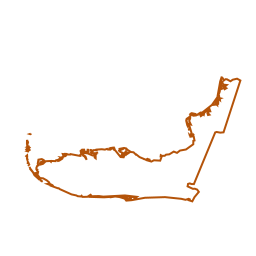 Florida, Equal Earth projection, rotated 108°
{"feature_id": "USA-3542", "entity_name": "Florida", "entity_type": "State", "adm_level": 1, "iso_a3": "USA", "parent_name": "United States of America", "parent_adm1": "", "projection": "equal_earth", "projection_center": [-82.742, 27.771], "detail": "fine", "context": "isolated", "style": "outline", "palette": "amber", "viewbox_px": 256, "rotation_deg": 108, "n_neighbors": 0, "source": "natural_earth", "source_scale": "10m", "svg_char_len": 5932}
<svg xmlns="http://www.w3.org/2000/svg" viewBox="0 0 256 256"><g transform="rotate(108 128 128)"><path d="M53.9,54.7L50.1,54.7L51.4,54.3L51.3,53.4L53.1,51.5L51.5,50.4L51.1,49.0L51.9,45.0L49.7,43.3L47.4,39.5L48.1,35.8L102.6,35.8L103.9,38.8L104.4,42.5L105.3,43.7L161.0,48.0L161.7,50.4L161.6,52.1L162.6,53.6L165.1,53.3L165.8,47.6L165.1,45.6L165.2,43.2L166.9,40.9L173.2,43.4L177.9,44.2L177.9,49.1L176.9,46.4L176.6,48.4L178.5,51.1L178.9,55.5L182.3,71.4L189.1,90.3L195.5,102.2L197.6,107.2L196.2,109.3L196.3,114.8L197.1,119.0L199.3,123.3L199.4,124.5L196.6,118.3L195.7,114.8L195.7,109.9L196.3,106.3L196.0,103.6L194.8,103.0L194.4,103.7L192.5,103.3L192.1,101.9L192.8,99.6L190.7,98.2L193.1,110.1L200.9,130.3L201.7,134.6L204.9,143.7L205.0,144.2L204.5,143.3L202.4,142.4L206.0,145.4L207.6,150.1L206.8,151.2L207.7,151.7L208.4,154.8L208.1,156.2L208.6,161.2L207.2,174.1L206.7,175.3L207.0,176.1L206.7,184.6L206.5,181.0L205.7,182.2L205.3,185.2L204.1,186.2L202.9,189.1L202.1,193.2L202.8,196.2L200.5,199.7L200.9,201.6L199.9,200.0L198.9,200.6L199.7,200.9L200.1,202.0L199.5,201.0L198.3,200.6L198.6,199.8L197.4,199.9L196.5,201.5L195.6,201.4L195.5,202.4L194.3,202.8L192.2,202.7L191.2,201.6L190.0,202.8L185.8,203.4L184.2,200.4L184.5,198.4L185.2,197.0L186.3,199.1L188.3,200.2L187.9,200.8L189.2,200.8L189.8,199.9L188.4,197.8L185.0,195.9L183.4,191.7L183.9,190.8L183.0,190.7L181.9,186.6L181.0,186.5L180.2,185.2L181.0,184.4L180.4,183.4L177.5,181.0L175.3,180.8L174.5,179.6L173.9,180.4L173.0,180.0L172.7,180.8L172.2,180.4L171.9,179.3L173.0,179.8L173.6,178.6L172.2,178.1L170.9,174.1L170.7,175.3L169.4,165.2L168.9,163.8L168.8,165.3L166.2,164.1L166.3,163.0L166.9,163.4L168.2,162.0L168.5,160.5L171.0,157.5L168.3,159.6L167.4,162.4L165.5,162.9L164.6,158.5L165.1,153.2L164.2,151.9L166.4,150.5L166.8,149.4L163.8,150.4L163.0,151.4L162.4,150.1L161.5,150.3L160.4,148.9L162.0,150.9L163.1,155.0L162.8,155.5L162.5,154.4L162.1,155.0L159.6,153.7L159.0,151.2L158.4,150.4L158.8,152.0L158.4,151.6L156.3,146.4L155.7,143.3L154.3,141.4L154.7,140.5L154.0,138.0L151.3,136.3L150.7,134.6L152.2,136.1L152.5,135.1L151.8,134.9L152.1,134.4L153.7,134.9L152.6,134.3L153.9,133.7L152.9,133.7L157.9,126.1L157.2,123.1L156.2,123.0L155.9,125.8L155.0,125.7L154.7,122.4L153.1,121.8L153.5,121.2L151.5,119.6L151.5,121.6L152.5,121.6L150.9,122.8L154.2,124.0L153.4,124.6L152.9,128.8L152.3,129.4L148.8,125.5L150.4,128.5L150.9,130.4L148.2,125.6L148.0,123.3L148.7,122.2L148.4,124.0L149.9,117.7L149.4,115.2L150.9,112.2L150.6,112.0L152.1,108.0L152.7,100.9L152.6,99.2L151.6,97.8L151.9,97.4L152.8,98.4L152.7,95.4L150.7,93.4L149.1,87.3L144.0,87.1L143.1,84.5L141.6,83.6L140.3,80.6L136.3,77.2L136.5,73.7L133.4,71.6L130.5,66.2L123.3,60.9L120.0,61.9L119.3,60.9L115.6,63.0L115.6,64.2L115.9,63.8L116.4,64.8L114.1,63.8L113.9,64.2L116.5,65.4L116.3,66.7L115.7,67.1L116.0,66.5L113.0,66.1L105.2,71.5L105.2,69.4L102.4,72.0L99.9,71.8L95.2,73.0L94.2,72.0L93.8,68.1L94.1,67.5L94.5,71.6L95.7,72.6L96.1,69.6L95.0,67.1L90.9,63.8L90.7,63.0L92.4,64.4L88.2,60.1L89.7,60.3L89.6,60.9L93.2,63.4L94.2,62.4L93.5,61.9L92.8,62.9L92.3,60.9L91.7,60.9L92.1,60.0L90.7,60.1L90.5,60.7L87.4,58.4L88.7,56.8L89.5,57.0L90.9,55.9L90.2,54.7L89.5,56.0L87.6,57.0L86.7,54.9L84.6,56.5L85.0,57.3L86.6,57.4L86.9,58.9L87.7,59.6L87.1,59.7L87.3,60.1L80.1,55.3L70.7,52.4L74.2,52.8L74.9,51.6L76.4,52.8L76.7,52.3L76.3,51.6L79.2,53.0L78.3,51.0L78.6,50.3L77.7,50.7L77.2,49.7L72.9,50.9L72.2,50.5L72.8,49.3L71.8,49.8L71.2,49.1L71.3,50.4L69.1,51.4L68.8,52.1L65.0,52.0L56.3,53.8L57.4,52.9L60.3,52.4L61.7,51.1L62.6,51.5L60.1,49.5L61.3,48.1L59.8,46.8L58.8,51.2L57.8,48.1L56.6,47.4L57.2,50.2L56.6,51.6L54.8,52.6L54.7,53.9L53.8,54.1L53.9,54.7ZM193.2,105.2L195.4,103.7L195.8,104.5L194.8,108.2L194.6,112.5L195.1,114.3L193.1,106.9L193.2,105.2ZM204.2,197.0L201.8,202.4L199.6,204.6L197.2,208.4L196.8,208.4L200.2,203.5L199.7,202.5L200.7,202.7L201.9,200.4L201.6,198.7L203.7,196.8L204.2,197.0ZM66.8,52.4L70.5,52.6L55.2,54.7L54.1,54.6L66.8,52.4ZM202.9,137.4L199.5,124.8L201.3,129.3L205.7,144.4L202.9,137.4ZM164.6,163.9L163.5,160.5L162.5,157.9L163.9,159.3L164.6,163.9ZM163.6,164.8L165.8,165.2L164.5,166.0L162.8,165.0L161.9,162.2L163.6,164.8ZM100.2,74.3L98.9,73.3L98.0,72.7L100.7,72.8L100.2,74.3ZM177.2,217.4L176.6,218.1L174.3,219.1L176.1,217.7L175.5,217.1L176.7,217.9L176.0,215.9L177.2,217.4ZM102.8,74.7L109.0,70.6L107.0,72.5L103.1,74.9L101.4,75.1L100.4,74.5L102.8,74.7ZM178.8,214.1L180.4,216.1L180.7,217.2L180.3,217.7L178.8,214.1ZM179.7,183.3L179.3,184.1L178.5,183.7L178.4,182.6L179.7,183.3ZM152.4,138.4L151.7,136.9L153.7,140.0L152.4,138.4ZM172.8,218.6L173.9,218.6L174.0,219.3L172.4,219.8L172.8,218.6ZM178.2,183.1L177.1,182.3L176.9,182.8L176.8,182.1L177.7,181.8L178.2,183.1ZM172.7,181.0L173.7,181.4L172.9,182.0L172.7,181.0ZM186.2,216.1L185.2,215.5L187.2,214.7L186.5,215.4L186.2,216.1ZM109.8,69.9L111.5,69.0L109.6,70.2L109.8,69.9ZM160.2,155.0L160.8,156.3L160.6,157.5L160.2,155.0ZM177.7,216.2L177.7,217.1L176.8,216.4L177.0,215.7L177.7,216.2ZM192.4,211.5L192.4,212.5L191.2,212.7L191.4,212.4L192.4,211.5ZM206.1,187.3L205.6,186.3L206.2,185.7L206.1,187.3ZM205.5,192.6L204.9,195.0L204.5,195.2L205.5,192.6ZM189.7,213.7L189.0,214.2L187.4,215.1L189.1,213.7L189.7,213.7ZM186.3,198.3L187.2,198.4L186.6,199.0L186.3,198.3ZM172.0,219.3L172.3,219.8L171.8,219.4L171.5,220.0L170.5,220.2L172.0,219.3ZM161.0,159.3L161.0,158.1L161.5,160.5L161.0,159.3ZM175.9,180.9L176.4,181.6L176.2,182.3L175.9,180.9ZM186.1,197.2L186.1,197.9L185.4,197.2L185.5,197.1L186.1,197.2ZM151.4,99.0L151.4,98.3L151.7,98.4L151.8,98.9L151.4,99.0ZM151.6,99.7L151.8,100.4L151.4,100.0L151.6,99.7ZM178.4,216.2L178.6,216.8L178.6,217.1L178.1,216.7L178.4,216.2ZM143.8,87.8L144.3,88.3L143.7,88.4L143.8,87.8ZM194.5,210.4L194.3,210.9L193.7,211.3L193.9,211.0L194.5,210.4ZM180.7,215.7L181.2,215.8L181.2,216.4L180.7,215.7ZM164.1,219.6L163.5,218.8L163.3,218.8L163.9,218.7L164.1,219.0L164.1,219.6ZM196.2,208.8L196.3,208.7L195.5,209.8L196.2,208.8ZM195.5,115.6L195.3,114.9L195.1,114.4L195.5,115.6Z" fill="none" stroke="#b45309" stroke-width="2"/></g></svg>